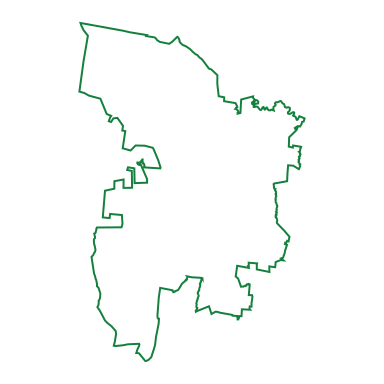 outline of Almoloya de Juárez, México, Mexico
{"feature_id": "50627088B78235087084668", "entity_name": "Almoloya de Juárez", "entity_type": "district", "adm_level": 2, "iso_a3": "MEX", "parent_name": "Mexico", "parent_adm1": "México", "projection": "robinson", "projection_center": [-99.803, 19.397], "detail": "fine", "context": "isolated", "style": "outline", "palette": "green", "viewbox_px": 384, "rotation_deg": 0, "n_neighbors": 0, "source": "geoboundaries", "source_scale": "gbopen_adm2", "svg_char_len": 5992}
<svg xmlns="http://www.w3.org/2000/svg" viewBox="0 0 384 384"><path d="M277.6,102.3L276.0,102.2L275.0,103.1L274.9,103.5L275.6,104.6L275.6,105.0L275.1,105.8L273.8,106.7L273.5,107.1L273.3,108.7L273.8,110.5L271.5,109.6L270.0,110.4L268.6,110.2L267.6,109.1L267.2,107.9L266.9,107.5L266.5,107.5L265.9,108.2L265.3,109.4L264.7,109.6L264.3,109.2L263.8,107.4L263.4,107.0L262.5,107.5L261.4,109.7L260.5,110.0L259.8,109.6L258.0,107.3L256.9,106.5L256.0,106.5L254.6,107.0L253.7,106.9L253.6,106.2L254.5,104.9L254.6,104.0L258.1,103.4L258.3,101.9L257.5,100.6L255.9,100.0L255.1,100.6L253.5,104.1L252.7,104.3L252.2,104.0L252.0,102.5L253.4,101.5L254.5,99.9L254.3,99.1L253.1,98.0L253.0,97.5L253.1,96.4L241.2,99.5L240.4,113.0L237.6,113.7L237.6,112.9L238.2,112.7L238.4,112.0L237.7,110.2L236.8,109.7L235.9,108.8L235.4,108.8L236.0,107.9L237.3,107.3L237.0,106.0L235.5,103.1L224.1,101.2L224.2,97.3L218.7,96.2L217.3,83.7L217.4,75.2L211.4,69.5L208.9,68.6L202.5,59.9L201.3,58.7L199.8,57.8L197.3,55.0L195.7,54.3L192.7,51.8L190.5,49.5L188.5,48.0L185.5,46.0L183.1,45.2L180.8,43.3L179.5,41.6L179.5,40.3L178.8,38.5L178.1,37.4L177.3,36.8L172.4,41.6L169.2,43.8L159.8,41.9L157.3,40.3L155.5,38.0L154.2,37.3L146.3,36.1L147.0,35.1L129.4,32.2L123.5,30.8L80.5,23.0L81.3,25.5L83.7,30.4L87.9,35.7L83.5,61.5L79.4,91.6L84.3,93.0L88.9,95.6L100.4,98.7L106.7,114.0L111.2,115.9L110.2,117.3L108.8,121.2L111.1,122.0L113.4,118.4L117.4,117.9L123.0,125.9L122.3,130.5L125.3,131.1L122.7,148.3L130.6,150.5L135.6,145.5L144.8,145.7L152.8,147.8L153.7,149.4L158.2,160.2L160.5,167.4L160.3,168.4L144.2,167.4L144.1,166.7L144.5,166.6L144.3,166.1L144.5,165.8L144.0,163.9L143.5,163.4L143.0,163.5L142.8,163.0L142.8,162.2L142.5,161.4L142.3,161.5L142.7,159.8L142.6,159.4L142.4,159.4L140.0,162.7L139.5,162.9L138.9,162.5L138.3,162.8L137.4,162.5L137.2,163.0L138.1,164.5L139.6,165.0L140.7,164.4L147.1,179.1L147.1,182.7L134.6,183.1L134.3,168.3L128.0,167.3L127.2,170.0L131.8,170.9L132.1,187.5L131.8,187.5L131.7,187.8L123.5,187.9L123.6,179.5L114.4,181.2L114.3,188.7L105.0,190.7L102.8,217.4L109.6,218.1L110.1,214.0L121.9,215.0L122.5,223.9L121.5,227.3L96.9,227.5L96.3,228.7L96.5,229.4L95.8,231.3L95.8,232.1L95.3,233.1L94.2,233.6L95.0,236.9L95.0,238.0L93.9,239.4L93.9,241.9L94.2,244.5L94.4,244.6L95.5,249.8L95.0,251.9L94.0,253.2L93.2,255.1L91.5,256.9L94.1,273.7L95.0,275.9L95.7,279.1L96.2,279.9L97.0,284.1L97.0,286.3L98.1,287.3L98.7,288.2L100.3,293.4L100.2,296.5L99.7,299.2L98.6,300.9L98.6,301.4L98.8,301.8L98.5,305.0L97.4,307.1L100.1,311.1L105.0,320.5L107.3,322.9L111.5,326.2L115.7,331.1L116.1,334.0L114.8,341.8L113.8,345.7L115.8,346.0L122.8,345.3L127.9,344.3L139.1,343.8L139.4,344.6L139.0,346.1L137.5,349.2L136.3,353.0L137.5,353.0L139.1,353.4L145.1,360.8L146.1,361.0L148.5,359.9L151.3,357.1L154.2,348.1L155.1,344.8L156.0,337.0L158.6,323.9L159.0,318.7L157.8,318.4L157.4,315.9L158.8,297.4L160.2,287.9L172.3,290.2L172.2,290.6L173.2,291.4L173.4,292.2L174.6,291.9L174.9,291.3L178.2,290.0L182.1,283.6L184.5,281.6L185.6,280.2L186.1,280.4L186.8,279.6L186.4,279.3L187.6,276.9L187.2,276.4L192.0,277.3L199.5,277.7L202.4,278.2L202.5,279.2L202.2,278.8L202.1,279.3L201.4,279.7L200.9,281.9L200.5,282.2L200.4,283.3L200.1,283.4L199.8,283.8L200.2,284.5L200.0,286.8L199.6,287.3L199.1,289.5L199.3,290.3L198.1,291.7L197.9,292.3L197.7,293.4L198.6,295.4L198.6,296.2L197.9,297.8L197.8,298.7L197.5,298.9L197.5,299.8L196.9,300.6L196.8,301.9L196.3,303.2L196.7,304.5L196.5,305.5L196.3,306.2L196.5,307.3L197.1,307.8L196.9,308.0L197.2,308.5L196.1,310.4L195.8,310.6L195.9,311.7L197.0,311.1L209.0,306.3L211.5,314.0L215.5,311.7L217.6,311.9L220.0,312.7L232.3,314.9L232.5,315.7L237.3,316.0L237.3,317.4L237.8,317.5L237.6,319.4L238.3,319.4L238.4,317.7L239.1,317.7L239.3,316.1L241.5,316.2L241.9,309.3L250.1,309.7L249.5,309.0L249.7,306.5L251.5,306.6L251.5,303.1L252.2,299.1L252.4,296.4L252.1,295.2L248.8,295.1L249.7,284.8L249.2,284.7L249.3,284.2L248.8,284.0L248.7,284.3L247.1,284.2L246.4,285.2L246.4,285.6L245.5,286.0L245.3,285.6L243.3,286.7L242.2,286.5L241.0,286.7L238.1,278.5L235.7,276.5L237.2,265.8L248.8,267.9L248.1,266.1L248.8,266.1L248.7,262.7L257.1,263.4L256.8,264.5L256.8,269.4L269.4,272.0L269.3,266.4L275.2,267.2L275.7,262.0L280.9,260.0L281.3,259.4L282.1,260.3L283.5,260.4L281.1,258.4L282.8,257.8L283.4,257.0L283.6,255.7L283.9,255.4L284.7,252.9L285.0,251.0L287.0,244.8L284.9,244.1L285.3,242.6L286.2,242.9L287.2,240.8L288.5,241.4L289.5,236.8L284.2,230.6L277.1,223.3L276.8,222.2L277.2,220.9L277.1,219.6L276.8,218.4L276.4,218.2L276.1,217.3L275.7,217.2L275.6,216.5L275.7,215.3L276.4,215.4L276.5,214.9L276.6,214.0L276.2,213.7L276.7,212.6L276.3,212.5L276.0,211.6L276.5,211.1L276.8,209.8L276.5,209.5L276.6,208.2L277.2,206.9L277.1,206.2L277.3,205.9L276.9,205.5L276.9,205.0L276.5,204.1L276.3,202.8L275.8,202.4L275.6,200.8L275.8,199.6L275.4,199.0L275.6,198.6L275.9,196.6L276.2,196.4L276.2,195.4L275.8,194.6L276.0,194.6L276.0,193.6L276.1,191.9L275.7,191.5L275.6,190.8L275.2,190.6L274.6,189.1L275.0,188.9L274.4,188.6L273.9,187.7L274.1,187.3L274.0,186.7L273.6,184.1L274.3,183.5L287.1,181.2L287.5,173.0L288.1,165.3L293.3,165.7L298.9,169.2L299.3,168.6L299.3,168.0L300.2,166.0L299.6,164.6L300.1,164.2L299.5,163.8L299.1,162.6L298.5,162.1L298.6,161.0L299.0,160.9L298.7,159.9L299.1,159.4L298.9,159.2L299.5,158.5L299.0,157.6L298.9,156.9L299.5,156.6L299.4,156.3L300.1,155.9L300.0,155.1L300.3,154.5L300.1,154.1L300.4,154.0L299.8,152.6L299.8,152.1L299.5,152.2L299.1,151.9L299.6,151.7L299.5,151.4L300.0,150.6L300.4,148.4L300.9,147.8L301.1,146.8L293.1,145.5L292.8,147.6L288.8,146.6L289.2,137.2L296.5,130.1L297.8,127.0L296.0,127.8L295.1,128.6L294.8,128.0L297.8,126.1L300.1,126.5L301.4,124.4L302.1,121.9L303.7,121.5L304.6,118.4L299.4,116.2L297.8,119.4L297.1,119.9L296.7,119.8L295.6,116.9L294.6,116.2L293.3,115.9L293.1,115.5L293.9,114.3L294.3,113.0L294.1,112.5L293.1,112.1L290.1,113.9L288.9,113.9L288.0,113.5L287.9,112.3L289.4,110.9L289.8,110.1L289.9,108.1L289.5,107.6L287.9,107.2L286.6,107.7L284.9,107.0L284.2,104.3L283.9,104.0L282.6,103.4L281.0,101.1L280.1,101.1L277.6,102.3Z" fill="none" stroke="#15803d" stroke-width="2"/></svg>